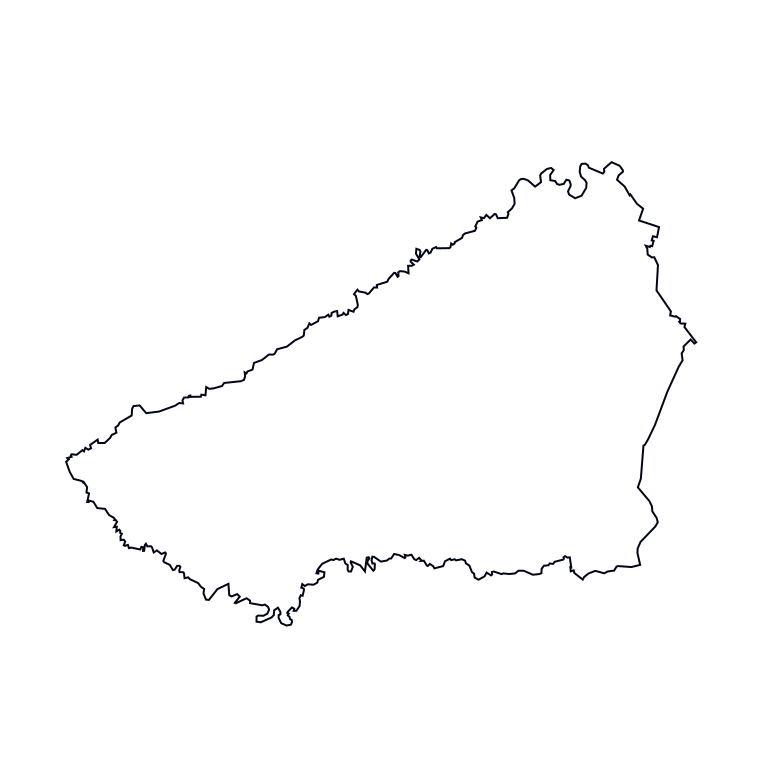 the district of Paso de Ovejas, Veracruz, Mexico, rotated 9°
{"feature_id": "50627088B17085270439419", "entity_name": "Paso de Ovejas", "entity_type": "district", "adm_level": 2, "iso_a3": "MEX", "parent_name": "Mexico", "parent_adm1": "Veracruz", "projection": "natural_earth1", "projection_center": [-96.462, 19.257], "detail": "fine", "context": "isolated", "style": "outline", "palette": "ink", "viewbox_px": 768, "rotation_deg": 9, "n_neighbors": 0, "source": "geoboundaries", "source_scale": "gbopen_adm2", "svg_char_len": 6151}
<svg xmlns="http://www.w3.org/2000/svg" viewBox="0 0 768 768"><g transform="rotate(9 384 384)"><path d="M567.2,141.9L552.5,138.3L551.2,136.1L548.7,134.8L544.7,135.7L543.8,138.5L544.1,143.9L546.2,148.3L550.8,151.3L552.6,153.6L553.0,158.7L549.7,167.1L543.8,170.6L537.1,167.9L535.6,164.9L537.3,159.4L537.1,157.5L535.2,154.0L532.2,153.7L530.2,158.3L526.0,159.8L523.7,159.4L521.2,156.7L516.4,156.7L515.4,151.6L518.1,146.1L515.2,144.5L511.3,146.1L506.3,151.5L505.6,153.6L507.5,160.1L502.4,165.4L494.2,160.3L489.7,159.5L487.0,160.3L485.6,161.7L482.0,170.5L479.6,172.8L483.6,180.0L484.8,185.7L482.9,190.6L479.4,195.0L480.3,196.3L479.6,200.6L470.4,202.4L468.0,198.9L466.6,198.8L462.8,203.7L458.6,201.0L456.8,204.6L453.5,204.3L455.0,206.8L451.1,208.9L449.5,214.1L450.8,215.2L449.8,218.5L440.7,222.5L438.8,224.4L438.2,227.5L431.7,232.8L431.7,234.3L430.1,235.7L428.4,234.7L428.2,238.6L427.2,239.6L415.0,241.7L414.0,240.6L410.6,242.9L409.5,246.8L407.9,248.0L405.8,245.0L404.7,244.9L400.4,253.0L399.2,252.6L399.3,247.6L398.2,246.0L394.8,245.4L395.2,250.3L399.5,255.5L397.6,257.8L392.0,256.7L391.0,257.8L391.3,259.1L394.8,261.5L393.0,262.9L389.3,263.5L390.9,270.8L386.4,269.7L381.9,270.1L380.6,271.6L381.5,275.0L380.7,276.0L377.9,272.6L376.6,272.6L372.1,279.5L371.2,282.5L361.4,287.3L362.1,289.8L359.1,290.1L354.8,297.1L353.5,297.8L351.6,296.7L344.8,296.5L343.0,295.0L340.3,299.9L342.5,301.5L345.8,310.1L345.7,312.3L343.0,315.0L342.6,317.4L337.4,316.4L337.4,320.7L335.5,321.8L332.9,320.1L332.1,322.0L327.7,324.4L326.3,319.3L323.3,320.4L321.1,322.1L321.3,324.8L319.5,326.1L318.2,324.2L315.1,327.2L309.5,328.7L309.0,332.3L302.7,337.1L300.8,335.8L299.6,340.5L296.9,343.1L297.2,348.7L295.8,350.3L289.4,354.7L282.2,362.3L273.0,366.4L271.3,371.2L269.9,372.3L265.7,372.9L259.7,379.4L252.3,383.5L251.9,390.3L247.1,393.1L246.5,395.1L244.6,394.3L245.6,398.0L245.1,401.8L242.3,403.6L225.9,408.0L224.4,411.3L216.3,415.0L212.1,416.1L208.9,414.8L209.4,423.1L205.3,423.1L205.1,425.2L194.7,427.0L194.5,425.7L193.1,426.3L193.0,427.8L188.6,428.7L187.5,431.6L188.6,434.6L184.7,434.8L181.1,438.1L166.1,446.4L153.7,450.0L146.0,443.4L140.0,445.0L139.1,447.9L139.7,454.6L129.0,463.3L127.9,466.5L125.5,469.0L127.3,474.0L123.1,476.9L121.9,480.1L117.3,486.0L111.0,487.0L109.9,483.7L103.2,490.2L104.7,493.3L102.3,495.1L99.0,493.7L98.2,497.5L96.5,496.5L91.5,502.0L86.4,502.3L85.8,503.4L86.8,504.8L82.7,506.7L83.9,507.6L85.0,506.9L82.2,510.6L87.3,519.9L92.3,526.3L100.8,527.1L102.3,528.4L102.7,527.7L106.9,532.3L107.1,537.7L109.8,538.2L109.3,547.0L110.8,546.8L111.0,545.3L115.4,545.8L120.2,551.4L128.0,551.0L133.0,556.5L138.0,558.4L139.5,559.8L139.0,560.5L140.7,560.6L141.9,561.9L139.7,567.6L142.4,566.8L142.7,571.5L145.3,569.3L146.4,570.3L146.7,572.3L148.5,573.0L147.6,575.8L148.3,579.4L151.4,578.5L153.0,580.1L152.2,584.0L153.3,584.4L156.2,583.0L157.8,586.0L159.8,585.1L169.1,585.6L169.9,582.8L171.8,582.9L172.1,586.5L173.2,586.3L173.0,580.4L173.9,579.0L175.6,581.4L179.1,580.7L180.4,581.6L182.9,586.4L185.7,583.9L190.8,586.7L194.2,584.6L195.2,585.6L193.7,593.3L194.9,594.5L200.6,596.1L204.7,600.8L206.4,600.0L208.1,596.0L210.4,595.6L211.5,596.5L210.9,600.0L211.5,601.8L214.9,601.3L216.0,602.0L217.4,607.0L220.8,605.6L222.8,607.1L231.6,609.7L235.0,613.0L238.4,614.5L238.5,619.1L241.9,624.8L244.8,624.7L251.6,612.6L261.6,605.7L264.2,616.8L266.6,617.7L271.9,614.5L274.8,616.6L270.9,623.5L272.0,623.7L281.8,617.1L285.6,619.0L286.0,621.4L298.5,621.6L300.9,620.5L304.3,622.2L305.8,624.9L304.7,629.1L301.1,631.8L295.9,632.4L294.5,633.6L295.3,638.7L299.6,638.6L309.3,632.3L311.3,629.5L310.9,624.8L314.2,621.5L317.2,625.1L317.7,627.7L316.1,628.7L316.5,631.5L319.9,636.3L325.5,637.8L329.7,636.3L330.4,633.5L329.7,631.4L328.0,630.9L327.1,628.8L325.1,627.5L325.8,625.7L324.3,625.3L324.4,624.3L328.0,619.1L330.5,620.0L330.3,622.2L332.9,621.7L335.3,616.7L335.1,612.2L334.0,608.9L334.8,605.7L336.7,605.9L337.2,600.0L336.6,598.5L334.2,598.1L334.6,594.4L337.4,595.9L340.2,593.7L345.8,593.3L349.3,590.5L349.4,587.8L354.9,583.8L354.6,579.3L348.6,578.6L348.8,581.5L346.9,581.5L347.5,577.6L351.1,571.2L359.3,565.6L361.7,565.8L363.9,564.0L367.6,564.6L371.6,562.8L373.9,567.3L376.5,568.5L377.2,573.3L378.3,574.7L380.8,574.3L381.8,569.4L378.9,565.4L379.1,564.3L388.8,566.8L394.5,572.1L394.1,558.2L396.0,557.5L396.8,558.4L395.2,562.1L396.1,564.2L402.6,570.1L403.7,568.5L403.2,563.5L402.7,562.7L400.6,563.1L399.3,560.1L399.5,556.4L401.2,556.3L408.7,559.9L414.5,557.9L416.7,555.5L418.4,555.2L420.6,550.3L425.7,550.6L431.7,552.7L432.3,551.6L431.3,549.5L434.4,549.8L437.8,548.3L441.3,552.3L443.4,552.9L445.8,550.2L448.6,552.4L448.2,552.9L451.0,552.3L454.8,556.7L455.7,556.9L457.5,554.5L461.1,556.3L462.6,558.2L470.9,554.6L472.0,549.5L476.5,546.2L477.8,547.4L481.3,546.1L482.7,546.9L488.3,544.9L491.7,545.8L493.0,548.4L496.6,549.9L500.4,556.1L502.6,557.2L503.8,561.0L508.0,562.5L513.5,558.2L514.8,554.2L519.7,556.3L520.6,555.2L520.0,552.9L521.8,552.0L529.9,553.4L531.5,552.4L537.3,552.1L543.0,550.6L546.0,547.4L551.3,546.6L560.8,549.1L566.5,547.6L569.1,546.3L568.6,541.8L570.4,538.5L574.8,537.3L575.8,535.3L579.0,535.3L580.6,532.8L588.3,529.5L589.0,528.5L588.4,527.1L589.8,525.7L592.4,526.8L594.6,526.1L597.6,535.8L596.7,535.8L597.8,539.8L600.5,538.4L601.6,540.9L610.9,546.1L611.8,543.4L615.6,539.2L621.9,535.5L631.1,536.5L634.2,534.2L640.5,532.3L642.2,528.0L643.8,527.2L656.9,526.1L665.3,522.6L660.7,511.1L660.3,506.6L662.1,499.8L674.3,482.3L676.0,477.7L674.3,473.7L669.0,467.9L667.7,462.8L664.4,458.1L650.9,446.4L652.5,437.3L649.9,404.3L651.2,403.2L653.5,397.3L658.0,382.2L665.1,347.2L672.4,320.8L675.2,313.9L673.2,307.2L674.8,303.6L674.0,300.1L679.9,292.1L684.2,295.5L685.8,294.0L671.8,280.7L672.2,277.3L667.4,277.8L665.8,276.3L666.5,275.8L666.3,273.5L661.8,271.3L661.1,272.0L655.9,271.5L656.0,267.4L638.5,248.9L636.0,223.7L631.1,216.5L628.7,217.1L624.2,214.9L622.9,209.2L620.9,206.5L625.2,207.1L625.4,205.9L627.3,205.9L627.9,200.4L626.0,200.3L626.5,196.0L630.7,196.3L631.1,186.0L610.3,182.6L612.5,170.3L605.7,166.5L597.7,158.2L597.1,159.2L590.8,151.3L582.2,145.8L583.1,141.3L586.8,136.9L586.5,135.6L582.6,131.6L574.1,129.3L567.6,137.0L568.4,139.9L567.2,141.9Z" fill="none" stroke="#020617" stroke-width="2"/></g></svg>